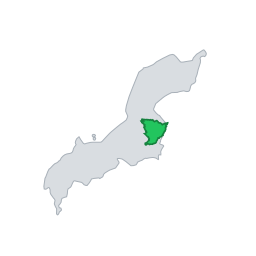 Lilongwe, Lilongwe, Malawi shown in context, rotated 238°
{"feature_id": "42251766B26147222520266", "entity_name": "Lilongwe", "entity_type": "district", "adm_level": 2, "iso_a3": "MWI", "parent_name": "Malawi", "parent_adm1": "Lilongwe", "projection": "orthographic", "projection_center": [33.601, -14.039], "detail": "fine", "context": "in_parent", "style": "filled", "palette": "green", "viewbox_px": 256, "rotation_deg": 238, "n_neighbors": 0, "source": "geoboundaries", "source_scale": "gbopen_adm2", "svg_char_len": 7601}
<svg xmlns="http://www.w3.org/2000/svg" viewBox="0 0 256 256"><g transform="rotate(238 128 128)"><path d="M99.4,148.5L98.0,146.5L96.8,147.0L95.2,148.4L94.3,148.8L93.8,148.7L93.5,148.4L93.2,147.5L91.9,144.9L90.5,143.1L89.0,142.4L87.8,141.6L88.3,140.8L88.9,140.2L88.6,139.6L87.9,138.7L85.3,137.4L85.2,136.9L87.6,135.8L89.0,134.5L90.0,133.2L91.3,130.5L92.3,127.7L93.1,126.8L93.4,125.0L93.2,123.0L93.7,120.4L94.0,117.9L93.2,117.0L92.5,115.3L93.3,112.5L94.5,110.5L100.5,108.5L104.6,106.7L105.5,105.9L106.9,104.3L107.7,102.8L107.1,102.3L103.8,102.3L103.0,101.7L100.7,96.3L102.0,90.2L102.1,87.8L102.1,84.8L101.6,82.6L100.6,81.7L100.0,80.5L100.1,77.3L101.1,76.9L103.2,72.6L104.1,70.1L103.0,68.2L101.7,65.3L101.2,63.5L100.9,62.9L101.7,61.8L103.1,60.7L104.7,60.4L106.4,59.9L111.6,54.6L111.7,53.6L110.7,51.8L108.8,49.1L108.3,48.1L108.1,44.9L107.3,43.9L104.4,41.7L102.2,39.5L102.9,37.2L103.3,34.7L102.2,33.3L100.5,31.9L99.5,29.8L99.1,28.2L97.8,27.6L96.6,27.6L95.7,28.6L94.8,28.5L93.7,28.1L93.3,26.8L93.2,25.3L92.4,24.4L91.7,23.0L91.6,22.3L92.1,22.0L93.1,21.9L97.3,24.7L99.9,24.8L102.7,25.3L105.2,27.7L106.4,28.0L108.0,27.7L112.6,27.4L114.5,27.8L116.9,29.2L117.8,29.4L119.3,29.5L119.6,29.1L119.7,28.2L119.5,26.6L119.8,25.6L120.7,24.6L123.2,25.8L129.5,31.1L129.7,31.8L133.7,37.1L135.0,39.3L135.0,40.5L136.2,45.1L136.5,47.2L136.2,48.9L136.2,50.2L136.7,52.1L136.5,52.9L138.0,55.6L138.6,57.9L138.8,60.2L138.4,62.4L137.1,65.6L136.9,66.9L137.1,68.1L138.0,69.4L139.3,70.7L140.3,72.4L141.0,74.4L141.6,75.3L142.3,75.2L143.6,75.6L144.7,76.7L146.0,78.6L146.4,80.8L146.5,81.8L143.0,81.7L138.5,82.0L137.4,82.9L137.0,84.8L135.6,88.7L134.8,90.2L133.2,92.8L130.8,96.6L130.3,97.8L130.4,99.0L131.8,104.1L133.2,109.5L133.6,111.6L134.6,118.7L135.2,123.7L135.3,126.6L135.7,130.6L137.0,132.7L138.3,134.1L143.4,134.9L144.9,135.9L147.7,138.4L153.9,145.4L157.3,149.9L160.2,153.8L165.5,161.1L169.6,166.8L170.1,172.1L170.8,172.8L169.3,176.8L168.4,183.1L169.0,187.3L168.6,194.5L167.8,202.1L166.8,204.8L165.6,205.8L162.7,206.6L156.3,207.5L155.4,208.4L154.6,209.9L153.2,213.4L151.7,216.9L151.2,218.4L151.5,218.8L152.8,220.6L154.2,225.2L154.3,233.2L153.9,233.8L152.0,234.1L150.0,234.0L149.2,233.5L148.4,232.6L147.9,230.9L149.2,229.8L149.7,227.7L148.9,225.9L147.2,225.5L145.0,223.9L140.5,218.6L136.7,214.8L134.4,211.7L132.2,210.5L131.5,209.8L131.0,208.4L131.0,206.6L131.2,205.2L130.5,203.6L128.2,201.2L127.1,199.9L127.1,198.3L128.0,196.8L130.0,194.9L131.5,191.1L132.1,188.6L134.9,183.7L135.3,179.4L135.4,176.0L135.2,173.4L134.5,168.2L134.0,164.5L130.6,159.8L129.5,159.3L126.2,159.7L123.3,160.4L121.9,161.4L119.8,161.5L114.3,162.3L112.6,162.6L111.6,163.5L111.0,163.7L107.5,160.0L104.4,156.0L100.5,149.3L99.4,148.5ZM140.0,96.3L139.1,96.5L138.5,96.1L138.6,94.6L139.0,93.5L139.9,93.4L140.6,93.7L141.0,94.1L141.0,94.9L140.7,95.7L140.0,96.3ZM138.0,93.7L137.4,95.1L136.3,95.1L135.3,93.8L135.6,92.8L136.6,92.5L137.5,92.9L138.0,93.7Z" fill="#d9dde1" stroke="#a8b0b8" stroke-width="1"/><path d="M128.1,144.3L127.8,144.2L127.7,144.3L127.6,144.2L127.6,144.3L127.4,144.3L127.2,144.4L127.1,144.5L127.0,144.4L126.8,144.6L126.6,144.5L126.5,144.8L126.1,145.0L125.9,144.8L125.6,144.8L126.2,144.0L126.4,143.9L126.6,143.6L126.8,143.5L127.0,143.6L127.0,143.4L127.1,143.1L126.9,142.9L127.0,142.6L126.9,142.6L126.7,142.7L126.8,142.8L126.4,143.1L126.2,143.1L126.2,142.9L125.3,142.5L124.9,142.9L124.6,143.2L124.3,143.1L124.3,143.3L124.1,143.3L124.0,143.5L123.9,143.4L123.8,143.5L123.6,143.5L123.4,143.4L123.3,143.5L123.2,143.5L122.8,143.6L122.7,143.5L122.6,143.4L122.3,143.3L122.2,143.4L122.0,143.5L121.9,143.6L121.7,143.8L121.6,143.6L121.4,143.5L121.4,143.2L121.2,143.2L121.3,143.1L121.2,142.8L121.0,142.7L120.9,142.6L120.6,142.4L120.6,142.5L120.4,142.5L120.3,142.3L120.1,142.4L120.0,142.1L119.8,142.3L119.6,142.2L119.6,142.3L119.4,142.2L119.2,141.8L118.9,141.7L118.8,141.9L118.7,141.8L118.6,141.7L118.4,141.6L118.2,141.7L117.8,141.8L117.6,141.6L117.3,141.5L117.2,141.6L116.9,141.6L116.7,141.8L116.3,141.9L116.2,141.8L116.0,141.5L115.9,141.4L115.7,141.2L115.3,141.2L115.2,141.3L115.3,141.6L115.2,141.7L114.8,141.7L114.6,141.7L114.3,141.5L114.2,141.3L114.4,140.9L114.4,140.6L114.4,140.4L114.2,140.1L114.1,139.8L114.2,139.5L114.4,139.2L114.5,139.0L112.9,139.4L112.7,139.5L109.9,140.0L109.7,140.3L109.7,140.5L109.3,140.5L109.0,140.3L108.9,140.2L108.7,140.1L108.2,140.4L107.6,140.4L107.4,140.1L107.4,139.8L107.4,139.7L107.2,139.4L106.9,139.4L106.5,139.6L106.2,139.3L106.2,139.1L106.4,138.7L106.3,138.3L106.3,138.1L106.2,137.8L106.0,137.5L106.0,136.9L105.8,136.5L105.7,136.3L105.7,135.8L105.8,135.5L105.8,135.2L106.0,134.9L106.1,134.7L105.9,134.4L105.7,134.3L105.1,133.9L104.9,133.9L104.9,134.0L104.6,134.0L104.2,134.1L104.1,134.4L104.0,134.5L104.0,135.0L104.1,135.4L104.1,135.6L104.2,136.2L104.2,136.6L103.8,136.7L103.7,136.8L103.6,137.0L103.2,137.1L103.2,137.3L103.0,137.5L102.8,137.5L102.6,137.5L102.6,137.8L102.5,138.0L102.4,138.2L102.4,138.3L102.4,138.5L102.2,138.5L102.0,139.0L101.8,139.2L101.8,139.4L101.5,139.7L101.5,139.9L101.2,140.1L101.1,140.4L101.5,140.9L101.5,141.2L101.4,141.5L101.1,141.6L100.9,141.8L100.9,142.3L101.0,142.4L101.0,142.7L100.9,142.9L100.6,143.2L100.6,143.3L100.6,143.6L101.0,144.0L101.0,144.5L101.2,144.8L101.6,145.1L101.9,145.2L102.0,145.5L102.1,146.1L102.4,146.4L102.4,146.6L103.0,147.3L103.2,147.8L103.4,148.1L103.4,148.5L103.5,148.5L103.4,148.7L103.3,148.8L102.9,148.8L102.8,149.0L103.4,150.0L103.4,150.4L103.3,150.7L103.3,150.8L103.2,151.0L102.9,151.6L103.0,152.0L103.5,152.8L103.5,153.4L103.2,153.7L103.3,154.0L103.6,154.1L103.7,153.9L104.0,153.8L104.2,154.0L104.3,154.5L104.6,154.9L104.7,155.1L104.9,155.7L105.1,155.8L105.3,156.3L105.5,156.7L105.5,156.8L105.8,156.9L105.9,157.1L105.9,157.3L106.0,157.5L106.0,157.9L105.9,158.0L106.2,158.2L106.3,158.5L106.6,158.8L106.6,159.0L106.8,159.2L107.1,159.2L107.4,159.4L107.4,159.5L107.7,159.6L107.9,159.6L108.0,159.7L108.3,159.8L108.6,160.0L108.7,160.4L108.7,160.6L108.9,160.7L108.9,161.0L109.1,161.1L109.1,161.3L109.5,161.1L109.8,161.3L110.1,161.5L110.3,161.7L110.3,162.0L110.4,161.9L110.7,162.6L110.7,162.8L110.6,163.0L110.6,163.5L110.9,163.8L110.9,164.0L111.0,164.2L111.3,164.4L111.4,164.5L111.5,164.3L111.6,164.2L111.5,163.3L111.7,163.0L111.7,162.5L111.9,162.3L112.3,162.1L112.3,161.9L112.4,161.7L112.0,161.4L112.1,161.2L112.3,161.1L112.4,160.9L112.4,160.6L112.5,160.6L112.4,160.3L112.6,159.9L112.6,159.7L112.6,159.4L112.7,159.5L112.9,159.4L112.9,159.2L113.0,159.1L113.2,158.7L113.3,158.7L113.5,158.6L113.8,158.7L114.0,158.7L114.4,158.5L114.6,158.4L114.9,158.0L115.1,157.8L115.3,158.0L115.4,157.9L115.4,157.6L115.5,157.4L115.9,157.2L116.0,157.0L116.1,156.9L116.4,156.6L116.5,156.7L116.6,156.8L116.8,156.9L117.1,156.9L117.5,156.8L117.6,156.7L117.8,156.7L118.0,156.5L118.3,156.6L118.9,156.5L119.0,156.3L119.1,156.2L119.3,156.0L119.3,155.9L119.2,155.7L119.3,155.2L119.2,155.0L119.2,154.5L119.5,154.1L119.3,153.9L119.4,153.7L119.5,153.7L119.7,153.8L119.9,153.7L120.1,153.7L120.3,153.4L120.6,153.5L120.8,153.6L121.0,153.6L121.1,153.4L121.2,153.5L121.3,153.5L121.7,153.2L121.9,153.2L121.9,152.9L122.0,152.7L122.2,152.4L122.3,152.0L122.2,152.0L122.3,151.8L122.7,151.9L123.0,151.8L123.0,151.5L123.1,151.4L123.1,151.2L123.3,151.0L123.2,150.9L123.3,150.7L123.3,150.4L123.5,150.4L123.7,150.1L123.9,149.9L124.2,149.8L124.2,149.4L124.3,149.2L124.5,149.0L124.5,148.8L124.7,148.7L125.0,148.8L125.2,148.7L125.4,148.1L125.4,147.8L125.6,147.7L125.7,147.3L125.9,147.2L126.1,146.8L126.2,146.3L126.2,146.1L126.4,146.2L126.5,146.2L126.6,146.3L126.7,146.1L126.6,145.9L126.9,145.9L127.1,145.4L127.3,145.4L127.6,145.3L127.7,145.1L128.0,144.7L128.1,144.3Z" fill="#22c55e" stroke="#15803d" stroke-width="1.5"/></g></svg>